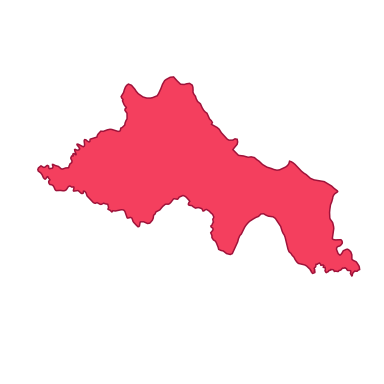 Serejeka, Maekel, Eritrea (Mercator projection), rotated 346°
{"feature_id": "51966322B5616132358630", "entity_name": "Serejeka", "entity_type": "district", "adm_level": 2, "iso_a3": "ERI", "parent_name": "Eritrea", "parent_adm1": "Maekel", "projection": "mercator", "projection_center": [38.887, 15.455], "detail": "fine", "context": "isolated", "style": "filled", "palette": "rose", "viewbox_px": 384, "rotation_deg": 346, "n_neighbors": 0, "source": "geoboundaries", "source_scale": "gbopen_adm2", "svg_char_len": 6011}
<svg xmlns="http://www.w3.org/2000/svg" viewBox="0 0 384 384"><g transform="rotate(346 192 192)"><path d="M51.8,130.1L48.8,131.5L47.8,133.0L47.9,134.5L49.8,136.8L50.7,138.9L51.3,142.2L52.0,143.5L52.4,143.9L53.0,144.0L55.2,142.2L55.7,142.2L55.9,142.5L56.3,144.1L57.1,145.6L56.9,146.1L55.6,146.8L55.3,148.0L55.4,149.3L56.0,150.4L57.4,150.9L58.7,152.1L59.3,153.9L59.7,156.5L60.1,157.3L60.6,157.8L64.6,158.6L67.4,159.7L68.9,159.9L70.6,159.4L73.3,156.9L74.5,156.6L75.2,156.8L76.6,158.2L78.4,158.4L78.5,159.4L77.2,162.0L77.3,162.4L78.1,162.6L81.7,163.0L82.5,163.9L84.1,166.4L84.9,166.9L85.9,166.9L86.2,166.7L86.9,165.0L87.8,165.2L88.3,165.8L89.0,167.4L89.2,170.4L93.6,178.2L94.5,179.1L95.5,179.6L97.3,179.3L100.0,181.8L101.1,182.0L103.6,181.5L105.0,182.5L107.0,183.4L107.3,183.6L107.3,186.7L106.3,188.3L106.6,188.7L108.2,190.0L109.3,191.9L109.7,191.9L110.7,191.0L113.1,191.9L119.1,192.1L120.7,192.6L121.6,193.3L122.2,194.7L122.8,201.2L123.1,201.7L123.5,201.8L126.3,201.8L127.4,202.9L127.7,206.3L128.1,207.4L130.1,211.0L131.2,212.7L132.1,212.7L132.8,212.2L134.0,209.5L134.5,208.7L135.0,208.5L137.9,209.2L141.2,211.8L143.1,212.0L143.9,211.8L146.8,209.7L148.1,207.9L149.0,205.5L149.6,205.0L150.7,204.5L152.2,202.6L156.4,201.6L160.1,198.9L163.0,197.5L164.0,197.5L166.1,198.1L167.3,197.9L168.9,197.0L172.3,194.3L173.0,194.2L176.1,195.5L176.9,195.2L178.3,193.9L182.4,193.2L183.9,194.2L185.2,195.7L187.4,199.9L187.6,200.5L186.5,201.4L185.5,202.8L185.5,203.5L185.7,203.8L186.1,204.2L188.6,205.2L189.6,206.6L191.2,208.2L191.8,208.6L192.7,208.4L194.8,208.8L197.3,210.4L197.6,210.9L198.1,213.1L198.9,213.2L200.7,212.4L202.0,212.5L202.3,212.8L204.4,215.1L204.9,216.3L206.6,218.7L207.1,221.5L206.7,222.3L205.6,223.4L205.4,225.8L205.6,226.3L204.5,227.3L203.3,229.0L202.0,229.6L202.2,230.8L203.4,232.1L203.4,233.3L202.7,234.3L200.3,236.1L200.8,239.1L200.3,241.1L201.2,243.7L202.7,245.2L203.3,246.9L204.0,251.9L204.0,254.1L205.9,255.7L208.1,256.8L210.6,260.1L214.0,261.9L216.2,261.5L224.2,251.5L225.9,248.4L227.9,245.8L229.7,244.7L234.5,239.0L236.1,237.5L238.4,235.8L240.7,234.4L245.1,232.9L247.9,232.1L250.6,231.8L253.6,230.0L256.2,230.4L258.1,232.3L260.2,233.9L264.7,235.7L266.5,237.8L269.7,246.8L270.0,251.8L270.4,254.1L271.1,256.0L271.4,258.4L271.3,270.6L271.7,273.4L273.2,275.6L273.9,277.7L275.2,280.0L275.7,282.4L276.7,285.1L277.9,287.0L283.7,290.0L285.3,291.5L288.1,296.0L288.0,296.8L288.6,297.5L288.4,297.7L288.4,298.3L288.8,298.6L289.0,299.7L289.4,300.2L291.6,299.9L292.0,299.3L291.9,298.9L291.4,298.5L291.5,298.1L292.1,297.8L292.3,297.4L292.0,295.9L292.7,295.0L293.6,294.7L294.1,294.1L294.8,292.2L296.2,292.4L296.8,292.0L298.6,291.8L299.4,293.5L299.3,294.2L300.6,294.5L301.4,294.4L302.1,295.4L301.5,296.1L301.2,296.9L302.1,297.3L302.9,297.4L302.7,299.3L302.0,300.6L302.4,302.2L302.8,302.7L305.2,302.1L305.8,301.3L307.7,301.3L307.9,300.8L309.8,301.4L310.5,301.9L310.9,303.5L312.0,303.5L314.4,304.5L314.9,304.4L315.7,303.7L316.9,303.8L317.7,303.6L319.6,302.3L321.1,302.7L321.9,302.4L322.3,302.6L322.4,303.0L323.4,303.8L323.4,304.6L324.0,305.7L326.8,306.7L326.9,307.1L326.7,308.2L326.0,309.2L326.4,311.1L326.8,312.1L327.3,311.9L328.0,310.1L328.4,309.6L329.1,309.3L330.1,308.4L330.9,308.1L332.0,308.6L333.2,308.8L334.2,308.1L335.9,307.8L336.2,305.2L336.1,304.1L335.0,300.8L334.3,299.3L332.2,297.6L331.1,296.4L330.9,295.8L331.9,291.6L331.7,289.4L331.5,288.3L330.0,285.9L329.0,285.1L327.8,285.0L324.6,285.6L322.5,287.8L320.8,289.0L320.2,289.0L318.9,287.2L318.3,282.7L318.8,281.3L319.6,280.5L320.4,280.2L322.3,280.1L323.3,279.7L325.2,278.3L325.7,277.1L325.7,275.8L325.2,274.6L324.5,274.2L319.6,273.2L318.0,272.5L317.0,271.6L316.9,271.1L320.7,261.8L321.0,260.0L321.1,256.1L320.8,254.9L319.6,252.0L319.4,250.7L320.5,245.2L321.5,242.3L323.3,237.9L325.2,235.3L327.1,231.9L327.4,230.9L328.7,229.3L330.0,228.3L333.2,227.1L333.5,226.7L333.3,226.0L330.7,222.8L328.9,220.0L322.8,213.9L313.4,209.8L310.2,207.4L307.0,202.7L305.2,200.9L303.3,198.4L298.6,190.1L297.1,188.1L295.7,186.7L294.1,185.7L292.8,188.0L291.1,189.4L289.0,190.4L282.3,191.7L279.7,191.4L276.9,190.0L274.7,188.4L270.7,186.0L267.1,182.4L264.5,178.3L262.7,176.3L260.9,173.7L257.9,172.2L254.9,171.9L250.7,169.5L246.0,167.7L241.9,160.8L243.7,159.3L247.3,156.7L248.4,154.5L248.6,151.8L246.6,150.8L244.1,151.5L240.5,150.7L239.0,149.3L234.8,141.6L233.5,137.6L232.0,135.5L227.3,131.1L228.6,129.5L228.0,127.5L226.7,125.4L225.6,119.2L224.2,117.6L223.1,115.6L222.2,112.6L221.5,108.5L219.3,105.5L218.6,102.5L218.5,100.0L217.5,97.7L217.1,95.3L217.7,93.3L218.2,90.7L218.1,88.4L215.9,86.0L213.1,85.7L210.5,85.8L207.0,84.7L204.4,80.5L202.0,75.9L198.6,75.4L194.3,76.5L192.4,77.3L189.5,80.3L186.8,84.2L183.4,88.4L181.5,90.2L176.5,90.9L174.3,90.8L170.8,89.9L167.4,87.9L163.6,83.6L162.2,80.8L161.4,78.4L159.1,73.8L156.4,71.9L154.4,72.7L152.7,74.2L151.0,76.6L149.7,78.9L146.3,82.3L146.7,84.4L147.3,85.1L147.4,85.6L146.6,86.7L147.2,90.6L147.7,92.2L148.6,93.7L148.7,94.3L148.2,94.7L147.5,94.8L146.8,96.0L146.7,96.6L148.0,99.9L146.9,104.5L146.6,105.4L145.2,106.8L143.8,108.8L142.9,110.8L139.7,112.6L138.3,112.8L137.4,114.9L137.1,115.2L136.2,115.5L134.9,115.3L129.3,111.9L127.6,111.3L124.9,111.2L120.6,111.7L118.2,110.9L114.9,113.1L113.9,114.1L113.0,115.7L106.1,116.1L105.7,116.6L105.2,118.1L104.8,118.4L104.2,118.5L102.8,117.3L101.6,115.6L100.5,115.2L100.1,115.6L99.7,116.3L99.3,119.7L98.9,121.0L98.6,121.4L97.5,121.8L96.9,121.4L93.3,118.2L92.5,117.8L91.9,117.9L91.9,118.7L93.2,121.4L93.1,122.0L93.5,122.6L93.4,123.1L92.6,123.7L91.4,123.8L90.4,123.5L88.9,122.3L88.4,122.4L88.2,123.7L88.7,127.2L88.5,127.7L88.0,127.6L86.8,126.1L85.9,126.2L85.5,126.5L85.5,128.0L85.2,128.3L84.2,127.9L83.8,128.1L82.6,129.7L82.6,130.6L83.1,132.4L82.7,133.9L82.1,134.5L80.4,135.2L79.4,136.7L79.1,136.9L78.3,138.4L77.9,138.6L75.4,138.1L72.0,138.4L70.7,137.9L68.6,134.9L65.7,133.2L64.0,131.7L63.3,131.5L63.1,132.1L63.3,133.6L62.7,134.8L61.9,135.2L60.9,134.9L59.9,135.0L59.2,134.8L58.9,134.1L59.1,132.1L58.1,131.2L57.5,131.3L55.1,132.4L53.9,132.2L51.8,130.1Z" fill="#f43f5e" stroke="#9f1239" stroke-width="1.5"/></g></svg>